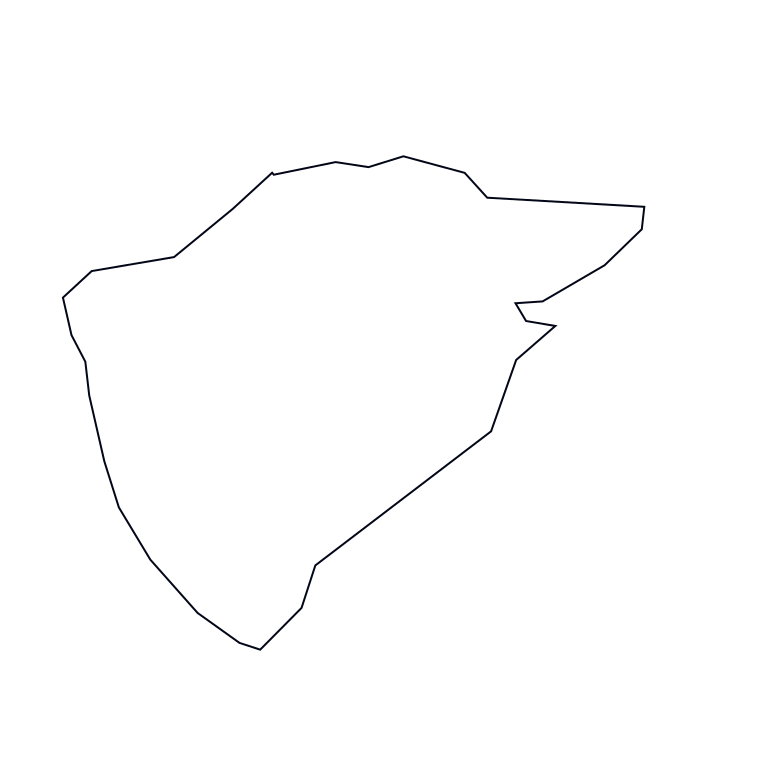 outline of Rutland, rotated 347°
{"feature_id": "GBR-2762", "entity_name": "Rutland", "entity_type": "Unitary Authority", "adm_level": 1, "iso_a3": "GBR", "parent_name": "United Kingdom", "parent_adm1": "", "projection": "robinson", "projection_center": [-0.637, 52.627], "detail": "fine", "context": "isolated", "style": "outline", "palette": "ink", "viewbox_px": 768, "rotation_deg": 347, "n_neighbors": 0, "source": "natural_earth", "source_scale": "10m", "svg_char_len": 556}
<svg xmlns="http://www.w3.org/2000/svg" viewBox="0 0 768 768"><g transform="rotate(347 384 384)"><path d="M322.5,153.0L323.7,155.3L386.8,156.9L417.7,169.2L454.1,166.5L510.1,196.4L526.5,225.7L677.5,269.9L670.0,291.2L625.7,317.9L557.1,339.2L530.3,334.9L536.6,354.6L564.0,366.0L563.4,366.3L518.2,390.3L477.7,454.2L276.3,545.3L253.3,583.6L203.6,615.0L185.0,603.8L150.9,565.2L116.8,502.6L97.9,444.6L94.1,396.4L94.2,328.9L98.0,295.1L90.5,266.1L90.6,227.6L124.6,208.2L208.0,213.1L276.1,179.3L322.5,153.0Z" fill="none" stroke="#020617" stroke-width="2"/></g></svg>